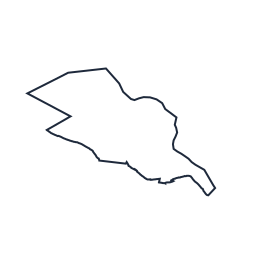 the district of Schouwen-Duiveland, Zeeland, Netherlands, rotated 28°
{"feature_id": "6326949B19243153872397", "entity_name": "Schouwen-Duiveland", "entity_type": "district", "adm_level": 2, "iso_a3": "NLD", "parent_name": "Netherlands", "parent_adm1": "Zeeland", "projection": "robinson", "projection_center": [3.94, 51.688], "detail": "fine", "context": "isolated", "style": "outline", "palette": "slate", "viewbox_px": 256, "rotation_deg": 28, "n_neighbors": 0, "source": "geoboundaries", "source_scale": "gbopen_adm2", "svg_char_len": 4912}
<svg xmlns="http://www.w3.org/2000/svg" viewBox="0 0 256 256"><g transform="rotate(28 128 128)"><path d="M233.1,140.1L230.0,138.4L215.0,129.1L204.8,128.8L200.2,128.2L195.9,126.7L191.8,126.2L187.2,125.7L182.6,125.6L178.1,125.0L175.3,121.2L174.1,117.5L174.0,113.2L173.5,108.9L170.4,105.2L167.8,103.2L165.8,95.9L152.0,93.8L146.5,90.0L139.8,89.3L133.1,90.6L127.3,93.4L123.8,96.6L120.6,100.3L117.0,101.0L106.8,98.4L99.3,92.8L80.6,85.8L63.1,97.8L49.2,107.3L37.8,123.6L29.1,135.9L22.9,144.7L71.8,144.7L63.9,157.3L57.2,167.9L57.5,168.0L57.9,168.0L58.6,168.0L60.3,168.3L60.6,168.3L60.9,168.3L62.4,168.6L62.6,168.6L62.9,168.6L63.2,168.5L63.6,168.5L63.8,168.5L64.0,168.5L64.7,168.5L64.9,168.5L65.1,168.5L65.5,168.4L65.8,168.4L66.7,168.4L67.2,168.3L68.3,168.2L68.9,168.2L69.7,168.1L69.8,168.1L70.0,167.9L70.2,167.7L70.3,167.6L70.6,167.5L70.8,167.5L71.3,167.5L71.8,167.4L72.2,167.4L72.5,167.3L72.9,167.3L73.1,167.3L73.4,167.3L73.6,167.3L73.8,167.3L74.3,167.3L74.9,167.3L75.2,167.3L75.4,167.3L76.0,167.3L76.5,167.2L77.4,167.1L78.0,167.0L78.3,167.0L78.6,167.0L79.1,167.0L79.4,166.9L79.8,166.8L80.0,166.8L80.1,166.7L80.8,166.7L81.4,166.5L81.5,166.5L82.2,166.5L82.4,166.4L82.6,166.4L83.2,166.3L83.5,166.2L84.6,166.0L84.8,166.0L84.9,165.9L85.2,165.8L85.4,165.8L86.0,165.7L86.4,165.7L86.6,165.6L86.9,165.5L87.2,165.4L87.5,165.3L87.8,165.2L88.1,165.1L88.3,165.1L88.6,165.0L88.9,164.9L89.3,164.7L89.6,164.6L89.8,164.5L90.0,164.4L90.3,164.4L90.8,164.4L91.2,164.4L91.4,164.4L91.7,164.4L91.8,164.4L92.2,164.3L92.4,164.2L92.5,164.2L93.4,164.1L94.4,164.0L94.9,164.0L95.2,164.0L95.8,164.0L96.3,164.1L96.5,164.1L97.3,164.1L97.7,164.1L98.1,164.2L98.4,164.2L99.0,164.2L99.3,164.2L99.7,164.2L100.1,164.3L101.2,164.2L101.4,164.2L102.3,164.3L102.6,164.3L102.9,164.2L103.1,164.2L103.3,164.2L103.5,164.2L104.1,164.4L104.2,164.5L104.4,164.5L104.9,164.6L105.0,164.6L105.4,164.5L105.5,164.5L105.8,164.5L106.0,164.5L106.3,164.5L106.5,164.6L107.3,164.7L107.5,164.7L107.8,164.9L108.1,165.1L108.3,165.3L108.5,165.5L108.9,165.6L109.4,165.9L109.9,166.1L110.4,166.4L110.7,166.4L111.3,166.8L111.5,166.9L112.2,167.1L112.3,167.2L112.5,167.3L112.8,167.6L113.0,167.7L113.2,167.8L113.4,168.0L113.6,168.1L113.9,168.3L114.1,168.4L114.5,168.5L115.5,168.8L116.0,168.8L116.2,168.7L116.3,168.7L116.5,168.7L116.6,168.8L116.8,169.0L117.0,169.2L117.1,169.3L117.2,169.5L117.4,169.6L117.6,169.8L117.9,170.0L118.0,170.2L142.8,160.5L142.8,158.7L143.5,159.1L143.9,159.3L144.8,159.9L145.4,160.2L145.5,160.3L145.7,160.6L146.0,161.0L146.3,161.2L146.5,161.2L146.9,161.1L147.1,161.1L148.8,161.3L149.6,161.6L149.8,161.7L150.6,161.6L151.7,161.6L152.4,161.6L152.9,161.6L153.3,161.6L153.7,161.6L154.0,161.6L153.9,161.4L153.7,161.4L153.6,161.2L153.9,161.2L154.0,161.2L154.4,161.3L154.9,161.4L155.2,161.4L156.2,161.7L156.4,161.9L156.1,162.0L156.3,162.2L156.5,162.3L157.1,162.4L157.6,162.5L158.3,162.6L159.1,162.8L159.3,162.8L159.6,162.9L159.8,162.9L160.1,163.1L160.4,163.2L160.6,163.3L161.0,163.3L161.5,163.4L161.9,163.4L162.1,163.5L162.3,163.6L162.9,163.7L163.1,163.7L164.5,163.8L165.2,164.0L165.8,164.1L166.4,164.3L167.1,164.2L167.5,164.2L167.9,164.4L168.2,164.4L168.3,164.4L168.8,164.3L169.4,164.3L170.7,163.6L171.1,163.3L171.3,163.1L171.5,163.0L171.6,163.3L172.1,163.2L172.4,163.1L172.6,163.0L172.8,162.7L173.4,162.5L173.9,162.1L174.7,161.5L175.4,161.0L176.6,160.3L176.8,160.0L177.5,159.6L178.2,159.1L179.9,157.9L180.9,161.6L181.0,161.6L181.7,161.2L181.9,161.1L182.3,161.0L182.5,160.9L182.9,160.8L183.1,160.7L183.4,160.6L183.7,160.5L183.9,160.5L184.1,160.4L184.3,160.4L184.7,160.2L185.2,160.0L185.7,159.8L185.9,159.7L186.2,159.5L186.4,159.4L186.5,159.4L186.4,159.3L186.6,159.1L186.8,158.9L187.1,158.7L187.2,158.4L187.3,158.3L187.5,158.1L188.4,157.5L188.8,157.3L189.3,157.0L189.7,156.8L190.1,156.5L190.4,156.4L190.5,156.3L190.8,156.0L191.1,155.8L191.3,155.5L191.5,155.3L191.9,155.0L192.2,154.6L192.5,154.3L192.6,154.2L193.0,153.6L192.7,153.6L192.4,153.8L192.0,154.0L191.9,154.1L191.5,154.2L191.4,154.2L190.8,154.2L190.7,154.1L190.7,153.9L190.8,153.8L191.2,153.5L191.3,153.5L191.3,153.3L191.4,153.2L191.5,153.1L191.6,152.6L191.6,152.4L191.7,152.2L192.0,152.0L192.5,151.3L192.6,151.2L192.8,151.0L193.5,150.5L193.6,150.4L193.8,150.0L194.0,149.7L194.4,149.3L194.8,149.0L195.1,148.7L195.6,148.4L195.8,148.0L196.2,147.7L196.9,147.5L197.5,146.9L197.7,146.5L198.4,146.0L198.8,145.6L199.5,145.0L199.8,144.7L200.1,144.4L200.6,143.8L200.8,143.8L200.9,143.7L201.7,143.4L201.8,143.3L201.9,143.2L202.3,142.6L202.5,142.5L203.8,141.8L205.0,141.4L206.2,141.3L206.3,141.3L206.5,141.4L206.9,141.6L207.2,141.8L207.7,141.9L208.3,142.2L209.0,142.6L209.4,142.8L210.7,143.3L211.1,143.4L211.9,143.8L215.0,144.3L217.0,144.9L217.7,145.2L218.7,145.6L219.1,145.7L220.4,146.3L220.8,146.5L221.5,146.7L222.0,146.7L222.5,146.6L222.8,146.8L223.5,147.4L223.6,147.5L224.0,148.0L225.2,148.5L226.0,148.9L227.2,149.5L228.2,149.9L229.3,150.1L230.5,149.7L233.1,140.1Z" fill="none" stroke="#1e293b" stroke-width="2"/></g></svg>